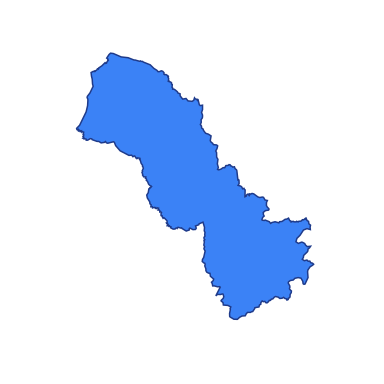 Tha Chang, Surat Thani, Thailand, rotated 204°
{"feature_id": "78962969B72176569689824", "entity_name": "Tha Chang", "entity_type": "district", "adm_level": 2, "iso_a3": "THA", "parent_name": "Thailand", "parent_adm1": "Surat Thani", "projection": "natural_earth1", "projection_center": [98.956, 9.358], "detail": "fine", "context": "isolated", "style": "filled", "palette": "blue", "viewbox_px": 384, "rotation_deg": 204, "n_neighbors": 0, "source": "geoboundaries", "source_scale": "gbopen_adm2", "svg_char_len": 6049}
<svg xmlns="http://www.w3.org/2000/svg" viewBox="0 0 384 384"><g transform="rotate(204 192 192)"><path d="M128.0,106.8L127.0,108.9L124.5,109.8L122.8,111.2L122.0,111.3L120.4,109.3L120.2,107.6L121.3,104.8L121.1,104.3L118.7,103.6L117.4,101.5L113.0,103.0L109.8,102.8L109.7,100.8L109.1,100.1L108.3,96.4L107.0,93.7L106.4,93.3L101.9,92.8L98.7,94.2L97.6,96.8L95.9,99.0L93.0,100.6L92.9,102.8L92.3,104.6L89.6,105.8L89.0,106.7L87.9,107.5L87.3,110.9L87.5,111.9L84.1,114.2L84.4,116.3L83.5,117.4L84.1,118.9L83.6,121.0L82.2,120.8L81.0,121.7L79.5,120.9L78.4,121.2L77.5,122.9L77.3,124.4L76.2,124.9L76.0,126.3L74.7,127.2L74.0,129.5L73.2,130.5L70.6,131.0L68.4,130.5L66.5,131.6L65.5,133.0L63.8,132.5L62.4,132.8L61.3,131.9L60.4,132.9L60.9,133.9L59.9,135.1L59.8,136.0L60.7,138.3L60.4,140.4L60.9,142.0L63.3,142.9L63.8,143.7L63.8,144.7L64.5,146.0L67.1,148.0L67.3,149.1L66.2,151.1L63.7,152.8L62.9,155.0L60.2,157.0L57.4,157.6L54.5,155.5L53.2,153.4L52.2,153.2L51.3,153.9L51.2,161.0L54.0,166.2L54.4,167.9L53.7,171.7L52.0,174.2L51.5,175.5L52.9,176.0L54.8,175.7L56.3,176.8L57.7,176.0L59.3,176.6L61.5,174.9L63.9,175.4L63.6,177.4L64.2,179.5L62.3,184.2L62.2,185.3L62.8,187.0L61.9,188.9L61.6,190.7L64.5,189.0L66.7,189.7L68.1,190.8L70.6,191.0L71.6,190.7L73.9,188.3L76.8,188.8L77.3,192.3L75.7,196.4L74.7,202.6L72.1,205.3L68.6,205.8L69.8,207.9L70.2,209.9L72.3,210.5L73.6,212.6L75.2,212.7L77.3,214.6L77.9,213.7L77.7,213.2L78.1,213.2L78.7,212.0L79.9,211.6L80.2,210.4L80.9,209.5L82.5,208.7L82.9,207.8L84.5,207.8L84.8,207.0L86.8,206.2L87.7,206.4L89.3,204.9L89.9,205.7L91.1,205.6L93.2,207.4L94.6,205.6L95.8,205.0L97.8,201.7L99.9,200.5L100.1,199.2L104.0,198.6L106.6,196.6L107.4,195.3L109.3,196.3L113.8,196.1L114.3,195.4L116.4,194.8L116.9,195.2L117.1,197.5L116.3,199.4L117.5,200.3L118.6,202.3L117.3,204.9L114.7,206.6L114.6,207.4L115.0,208.0L117.0,208.8L118.5,209.9L119.7,212.7L119.7,214.9L122.0,214.4L124.5,216.2L125.7,216.0L127.9,214.5L129.8,214.3L134.8,215.4L136.6,215.1L137.4,214.1L139.0,213.6L139.1,213.1L138.2,212.7L138.3,212.0L139.6,212.8L140.4,212.6L140.9,211.5L140.8,210.2L141.7,209.2L144.3,215.5L145.3,215.8L146.0,216.5L147.1,215.5L148.5,216.8L149.9,217.2L152.6,216.8L152.4,218.9L153.9,221.9L154.4,222.2L155.0,221.7L159.7,229.7L160.4,230.4L162.2,230.9L163.5,232.3L165.0,231.3L166.4,231.8L167.5,231.6L168.0,232.3L169.3,232.1L169.8,231.0L171.8,229.9L172.0,227.5L173.5,226.9L174.9,224.6L176.6,223.1L177.8,223.0L177.9,225.1L180.3,228.0L181.6,232.4L183.6,233.8L185.6,238.0L187.0,239.1L186.8,241.7L187.3,244.6L188.6,245.0L191.7,244.0L193.0,244.9L195.0,245.4L196.2,246.3L197.4,251.0L200.6,251.5L203.5,251.2L206.6,253.0L207.4,254.0L209.1,254.3L210.3,256.2L211.8,257.0L211.9,259.4L213.1,261.8L212.7,263.7L212.9,264.8L213.7,266.6L215.6,268.5L215.9,271.6L217.7,275.6L219.6,274.3L220.8,274.7L224.1,278.9L224.5,278.9L224.6,278.1L225.3,278.6L227.0,278.4L228.0,279.0L227.7,276.6L228.7,274.9L232.7,273.6L235.5,275.0L238.3,273.1L241.9,275.0L242.9,276.9L245.0,276.7L246.1,277.6L248.8,278.4L250.3,278.6L251.5,278.1L251.9,279.1L252.8,279.5L253.7,282.1L254.6,282.3L255.0,283.3L256.2,283.8L257.7,283.5L258.0,284.0L258.7,283.6L259.4,286.0L260.6,287.3L260.6,287.7L261.0,287.6L261.2,288.4L263.5,288.7L264.7,288.1L265.5,288.2L266.1,289.6L267.9,290.4L269.4,290.2L270.6,288.8L272.0,288.1L273.6,288.9L277.1,289.4L281.9,291.2L289.4,290.9L290.2,291.2L291.7,290.6L292.4,290.8L293.1,290.1L297.8,289.4L298.5,289.0L305.0,288.7L311.6,286.6L320.2,286.5L322.9,285.7L323.7,283.8L324.4,279.6L322.7,279.2L322.7,278.4L322.1,278.2L322.7,275.6L322.5,275.0L323.1,274.4L324.0,274.8L325.7,270.5L327.7,267.4L327.4,266.8L327.5,266.3L327.9,266.5L328.5,266.1L328.6,264.7L329.4,263.6L329.5,262.9L330.3,262.9L330.2,262.4L331.3,262.0L332.8,260.1L330.9,256.9L329.1,254.6L326.8,250.2L325.3,248.4L325.5,241.0L326.5,236.8L326.2,235.5L325.0,234.6L324.3,233.2L322.5,228.4L321.3,222.1L321.8,207.3L323.3,203.2L322.5,202.2L321.9,202.3L321.3,203.2L320.8,203.0L320.9,201.7L320.5,201.5L319.7,202.2L318.8,201.7L318.6,202.6L318.0,202.4L317.7,202.9L317.0,201.9L316.7,202.5L315.3,202.6L314.9,200.4L314.4,200.5L314.0,199.9L314.2,198.4L313.2,198.1L313.5,196.9L313.0,197.1L312.3,196.6L312.2,197.0L310.1,197.2L309.7,196.3L308.4,196.9L306.6,199.4L305.2,199.8L304.5,199.2L299.4,199.6L297.6,200.3L295.0,199.9L292.2,201.7L291.6,202.9L290.2,202.1L288.8,202.3L284.1,206.0L283.0,205.7L280.6,203.3L274.4,200.4L264.5,199.8L262.1,201.1L260.3,200.2L259.8,201.1L259.0,201.6L256.8,200.2L255.9,200.8L255.7,200.3L254.9,201.2L253.3,201.6L252.9,201.1L253.1,200.3L252.3,200.1L250.1,197.5L248.2,196.4L247.5,195.1L247.0,195.0L246.1,193.8L246.1,191.2L245.5,190.6L245.7,189.6L244.2,188.1L244.1,187.4L242.3,186.2L240.4,187.0L240.1,185.7L239.7,185.9L238.5,184.8L238.5,184.1L237.0,183.6L234.8,181.5L232.7,180.7L232.0,180.9L231.6,180.1L231.3,180.2L231.7,178.9L232.3,178.6L232.2,177.7L232.7,177.3L231.7,173.6L232.1,170.8L230.4,168.4L226.6,165.8L225.6,164.1L224.1,163.7L223.6,161.8L222.4,162.4L221.6,161.4L220.3,162.6L219.7,162.4L219.0,162.9L218.8,162.4L218.0,162.2L217.3,163.4L216.0,163.6L216.0,162.7L215.4,162.6L215.6,161.8L214.7,162.1L213.8,161.8L213.3,160.6L212.3,161.1L211.5,160.8L211.5,159.7L210.7,157.9L209.6,158.1L209.4,157.5L207.7,156.2L207.3,157.0L206.7,157.0L203.2,155.6L202.4,154.4L202.4,153.4L202.7,153.3L202.4,153.0L201.6,153.3L200.4,152.4L201.1,152.0L201.0,151.1L199.1,151.9L199.0,151.2L197.2,151.7L196.9,150.6L194.2,150.4L192.4,151.3L192.1,152.3L191.0,153.2L190.7,152.9L190.4,154.1L187.5,154.5L186.9,155.0L186.3,154.6L181.4,154.0L179.1,156.1L179.6,157.6L179.2,158.2L175.8,158.0L173.6,159.2L173.4,160.7L175.0,162.4L172.5,164.8L172.6,165.8L169.7,168.9L166.2,164.8L165.0,161.5L163.7,160.4L163.0,158.1L162.2,157.0L162.6,155.4L161.8,154.0L160.9,153.6L161.3,152.4L160.4,151.4L159.6,148.3L158.1,147.0L158.2,145.5L157.8,144.8L156.0,143.4L154.7,137.0L155.0,134.7L154.4,132.7L152.2,132.0L151.3,132.1L150.4,130.9L150.3,129.7L148.1,127.5L147.3,125.8L146.0,124.8L144.0,124.6L142.5,125.0L140.9,122.5L136.8,121.3L136.6,119.6L137.5,117.5L136.2,116.5L134.9,114.6L133.4,115.3L130.0,115.8L128.2,116.8L127.5,116.5L128.0,106.8Z" fill="#3b82f6" stroke="#1e3a8a" stroke-width="1.5"/></g></svg>